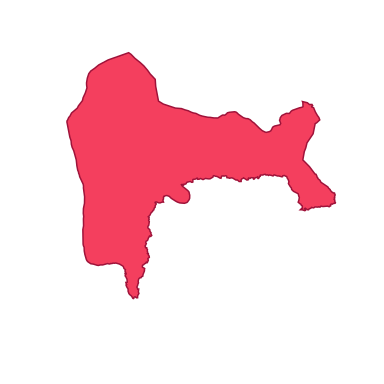 Tsorona, Debub, Eritrea, rotated 287°
{"feature_id": "51966322B5421024020858", "entity_name": "Tsorona", "entity_type": "district", "adm_level": 2, "iso_a3": "ERI", "parent_name": "Eritrea", "parent_adm1": "Debub", "projection": "mercator", "projection_center": [39.222, 14.605], "detail": "fine", "context": "isolated", "style": "filled", "palette": "rose", "viewbox_px": 384, "rotation_deg": 287, "n_neighbors": 0, "source": "geoboundaries", "source_scale": "gbopen_adm2", "svg_char_len": 6053}
<svg xmlns="http://www.w3.org/2000/svg" viewBox="0 0 384 384"><g transform="rotate(287 192 192)"><path d="M223.7,51.7L222.4,51.9L208.8,59.1L205.6,61.4L202.3,62.7L199.6,64.4L196.8,66.9L188.9,71.9L183.3,74.3L179.5,76.3L177.9,77.6L176.8,78.1L175.5,79.2L173.8,80.1L167.7,85.6L166.0,86.5L164.1,87.0L156.0,90.7L149.7,92.5L144.4,93.0L139.7,94.3L136.9,95.6L134.6,96.0L127.9,98.2L124.2,98.6L110.3,103.1L108.8,103.9L107.6,105.0L104.1,106.2L101.0,107.8L96.7,110.6L95.6,111.6L94.8,112.9L93.8,116.2L94.2,118.7L94.2,122.7L94.4,124.0L95.5,125.7L96.2,128.0L98.8,132.0L99.0,134.0L99.4,134.8L99.9,135.2L100.1,136.3L100.9,137.3L101.2,138.7L101.8,139.9L101.9,143.7L101.0,147.4L100.5,148.2L98.9,149.4L98.3,151.0L96.8,151.0L96.0,151.9L95.4,151.8L95.0,152.6L94.5,153.0L94.1,152.8L94.0,152.1L93.3,152.7L92.6,152.5L92.1,152.7L91.6,153.5L89.6,155.3L87.3,156.3L86.7,156.4L86.2,155.2L85.2,155.9L84.8,155.9L84.3,156.6L83.8,156.2L83.4,156.3L81.5,158.0L81.1,158.8L79.8,159.5L78.4,159.9L76.4,161.4L75.7,162.4L75.1,164.0L74.3,165.2L73.1,166.4L72.9,167.0L73.2,167.4L74.0,167.2L74.6,167.5L75.1,168.2L74.6,170.2L75.0,170.9L76.0,170.5L77.5,170.4L79.4,170.9L80.8,169.9L83.6,169.4L83.2,168.4L84.2,167.9L84.6,167.3L85.1,167.1L87.0,167.3L88.2,167.2L89.5,167.4L90.4,166.8L92.0,166.5L93.3,166.5L94.5,167.0L95.1,168.3L96.3,168.5L96.9,169.5L99.0,169.3L102.3,169.6L103.1,169.5L103.5,169.2L104.9,169.2L105.2,168.6L105.5,166.7L105.9,166.4L107.5,166.1L108.4,167.1L109.6,167.6L110.3,168.7L111.4,168.7L111.7,169.0L111.5,169.9L113.9,170.2L115.2,169.4L115.6,169.3L117.0,170.3L118.2,169.8L118.9,168.8L120.2,168.3L120.0,167.7L120.1,167.3L121.5,167.3L122.3,166.5L124.0,166.2L124.8,165.1L125.4,165.1L125.5,164.8L125.1,164.2L125.4,163.7L126.8,162.9L127.6,163.2L129.4,163.4L129.9,162.6L131.4,162.5L131.7,162.6L132.6,163.6L133.2,163.7L135.8,163.8L136.5,164.2L137.2,164.1L137.6,164.4L137.3,165.1L137.4,165.5L138.7,166.2L140.2,164.8L141.1,164.7L142.0,163.4L143.7,162.6L144.5,160.7L145.4,160.0L146.3,159.9L147.5,160.4L151.3,159.8L152.0,158.9L152.5,158.8L153.1,159.1L154.1,158.4L154.7,158.6L155.2,158.4L155.3,157.7L155.5,157.4L157.4,158.5L160.0,158.9L162.0,160.0L162.9,160.0L163.7,160.7L165.7,160.6L166.5,161.2L168.3,160.8L170.0,161.3L170.3,161.2L170.9,159.9L171.3,159.7L171.8,160.2L172.1,161.0L171.9,163.1L172.2,164.6L173.6,166.4L174.0,167.7L175.8,166.5L176.9,166.8L178.7,166.2L179.7,166.4L179.7,166.9L180.5,167.3L181.3,169.0L181.2,171.5L179.9,174.0L178.5,179.0L178.1,180.9L178.0,183.6L179.0,188.1L180.4,190.1L181.1,190.6L183.8,191.5L185.3,191.6L188.5,190.7L189.2,190.1L190.2,189.7L191.3,188.9L192.2,187.4L194.5,181.7L195.2,180.4L195.9,179.7L196.2,180.0L196.1,180.4L196.4,180.8L195.9,181.6L196.1,182.0L197.0,181.9L197.7,183.5L198.2,183.9L199.0,184.0L199.9,184.4L201.2,186.6L201.6,187.5L201.2,188.5L201.3,189.3L201.8,189.9L204.0,189.2L204.4,189.4L205.3,191.4L206.8,192.8L206.7,193.2L205.9,193.4L205.8,193.7L206.4,195.2L207.4,196.2L207.1,198.9L208.9,200.9L209.4,204.0L209.9,205.4L212.4,207.7L213.5,207.6L213.9,207.9L214.1,208.6L213.9,209.5L214.2,211.5L213.5,214.6L213.6,215.7L215.8,215.7L216.6,217.1L216.5,217.9L217.4,219.4L217.3,220.5L215.9,221.2L216.2,222.7L216.1,223.8L217.1,225.6L217.2,226.9L216.3,230.4L216.7,232.1L215.8,234.0L216.4,235.9L216.9,235.9L217.7,235.4L218.7,235.6L219.2,235.9L219.7,236.6L220.6,237.1L219.5,241.0L220.0,242.0L220.4,242.4L221.4,241.8L221.9,242.0L222.1,243.7L223.0,244.2L223.5,246.6L222.5,246.9L222.3,247.4L222.9,247.9L224.2,248.3L224.8,249.6L225.5,250.2L224.6,250.7L224.2,251.1L224.3,251.5L225.2,252.0L226.2,251.9L227.0,252.7L227.8,252.3L228.2,252.5L229.0,254.9L229.9,255.8L230.3,257.0L229.9,257.5L229.9,258.0L230.5,259.0L230.2,260.4L230.9,260.9L231.1,262.9L231.0,264.4L231.3,265.1L232.2,265.3L232.4,265.9L232.3,269.1L232.7,270.2L232.8,273.5L233.1,274.1L234.1,274.1L234.8,275.4L234.5,276.8L234.5,278.0L232.8,279.3L232.1,280.3L230.1,281.7L228.4,281.7L228.0,282.0L225.6,284.7L225.1,285.7L223.5,286.6L222.3,288.9L221.4,294.0L219.0,295.5L218.3,296.2L215.3,296.6L213.3,296.5L212.3,298.7L212.2,299.6L211.3,300.4L211.1,301.3L210.5,301.7L209.2,302.0L208.7,302.3L208.1,301.6L206.7,300.8L207.2,302.5L207.1,305.3L207.6,305.9L209.1,304.6L209.6,305.0L208.8,307.6L209.1,308.7L210.2,309.0L211.2,310.4L212.2,310.8L212.3,312.7L212.7,313.3L213.7,314.0L214.4,317.0L214.8,317.2L215.0,317.7L214.9,318.8L216.2,319.5L216.2,320.6L216.5,321.8L218.1,325.7L218.0,327.5L218.9,328.0L219.0,328.4L219.4,328.7L220.3,328.2L221.2,328.7L221.4,329.8L222.1,330.3L222.5,331.0L222.9,331.2L222.9,331.9L223.2,332.2L223.7,332.3L225.1,331.0L226.0,331.0L226.6,330.0L227.3,330.3L228.1,329.8L228.4,330.1L230.0,329.6L230.8,329.8L231.7,329.4L231.8,328.9L232.7,328.5L232.4,327.3L232.8,326.6L232.8,325.8L234.1,323.8L234.7,323.4L235.6,321.5L236.6,320.4L239.0,312.5L240.6,310.9L241.7,308.4L242.6,307.9L242.9,307.1L243.8,306.7L245.2,305.4L245.1,304.6L245.5,303.9L250.6,296.9L255.1,288.6L263.4,287.6L267.5,287.9L272.6,287.6L283.1,290.8L293.4,289.8L294.5,290.9L298.3,293.1L300.4,291.5L301.7,289.7L304.7,286.5L308.2,283.6L308.3,281.7L308.9,281.4L309.9,282.1L310.8,281.1L310.0,278.8L311.1,276.2L310.8,271.2L309.9,271.9L306.0,273.2L305.2,272.4L303.9,270.1L299.5,264.2L298.3,263.2L295.6,262.2L294.8,259.2L291.5,255.6L288.9,254.7L286.7,254.9L286.3,254.7L283.5,256.8L282.0,256.5L279.3,251.8L278.1,250.5L276.6,250.0L275.8,250.0L273.6,249.5L272.3,248.3L270.7,245.5L270.7,244.2L271.2,241.2L272.7,237.8L276.2,231.1L276.7,229.3L278.1,226.5L278.5,224.1L278.0,222.1L278.1,219.3L279.9,213.7L280.8,212.1L281.3,210.7L281.2,209.3L279.2,204.5L278.1,202.7L276.8,202.1L275.0,200.8L274.7,199.1L273.9,198.1L270.3,195.0L269.2,191.1L268.7,187.6L268.1,185.2L267.6,179.7L267.6,176.8L268.3,172.8L268.0,170.1L268.1,167.9L268.6,164.6L268.5,161.4L268.7,157.5L267.4,151.6L267.7,138.9L269.1,133.4L282.4,126.4L289.0,123.9L292.7,117.4L295.2,114.2L298.5,109.1L300.5,104.9L303.2,98.2L305.8,93.5L306.7,90.7L293.8,73.2L286.3,65.7L281.8,62.7L278.1,59.8L275.0,58.7L270.4,58.6L265.6,59.2L263.5,59.9L260.9,61.1L255.4,61.0L250.4,60.3L247.3,60.5L241.2,58.2L238.7,57.8L232.3,53.7L228.9,53.1L227.2,52.3L224.4,52.0L223.7,51.7Z" fill="#f43f5e" stroke="#9f1239" stroke-width="1.5"/></g></svg>